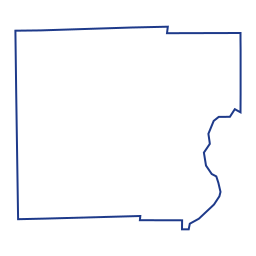 outline of Clark, Illinois, United States of America
{"feature_id": "52423323B65580501583710", "entity_name": "Clark", "entity_type": "district", "adm_level": 2, "iso_a3": "USA", "parent_name": "United States of America", "parent_adm1": "Illinois", "projection": "equal_earth", "projection_center": [-87.661, 39.322], "detail": "fine", "context": "isolated", "style": "outline", "palette": "blue", "viewbox_px": 256, "rotation_deg": 0, "n_neighbors": 0, "source": "geoboundaries", "source_scale": "gbopen_adm2", "svg_char_len": 588}
<svg xmlns="http://www.w3.org/2000/svg" viewBox="0 0 256 256"><path d="M18.1,219.2L44.9,218.6L140.3,216.0L139.9,220.2L182.1,220.3L182.0,229.3L188.7,229.3L189.8,223.7L198.9,218.7L214.0,204.5L219.4,196.3L220.5,191.9L218.4,182.9L216.3,176.4L211.7,174.0L206.7,166.6L206.0,165.6L203.9,152.6L209.8,143.9L209.6,142.0L208.4,133.8L213.7,120.9L218.7,116.9L229.9,116.8L234.8,109.2L240.5,112.3L240.6,94.1L240.6,57.8L240.6,57.1L240.6,49.9L240.5,39.6L240.5,37.7L240.5,33.0L167.0,33.2L167.8,26.7L131.8,27.5L40.6,30.4L15.4,30.7L16.2,93.2L18.1,219.2Z" fill="none" stroke="#1e3a8a" stroke-width="2"/></svg>